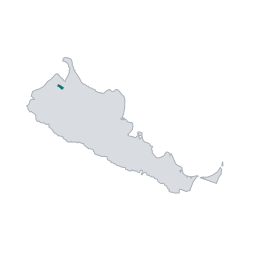 location of 25 de Mayo, Chaco, Argentina, rotated 289°
{"feature_id": "61730980B17167733770144", "entity_name": "25 de Mayo", "entity_type": "district", "adm_level": 2, "iso_a3": "ARG", "parent_name": "Argentina", "parent_adm1": "Chaco", "projection": "mercator", "projection_center": [-60.005, -26.797], "detail": "fine", "context": "in_parent", "style": "filled", "palette": "teal", "viewbox_px": 256, "rotation_deg": 289, "n_neighbors": 0, "source": "geoboundaries", "source_scale": "gbopen_adm2", "svg_char_len": 4008}
<svg xmlns="http://www.w3.org/2000/svg" viewBox="0 0 256 256"><g transform="rotate(289 128 128)"><path d="M156.3,68.9L155.0,71.1L155.3,72.5L154.2,76.0L154.5,76.7L153.5,78.4L153.9,80.2L153.4,82.0L153.6,84.2L153.2,84.8L152.4,85.0L151.9,88.1L152.6,91.1L152.0,91.7L153.1,93.9L156.5,95.8L158.3,97.8L158.4,98.7L157.5,99.9L157.4,100.9L157.9,102.4L158.8,103.2L160.5,103.8L160.7,105.8L160.4,107.1L157.3,111.8L156.6,113.8L153.6,115.9L145.8,118.3L139.8,119.2L136.3,119.1L134.1,118.1L134.2,120.8L135.4,121.6L134.8,121.6L135.3,122.1L135.0,124.3L134.3,124.7L133.7,126.6L133.8,128.2L134.5,129.5L133.8,130.9L131.1,132.2L128.0,132.6L122.2,130.4L122.4,130.0L122.1,129.9L121.2,130.4L120.8,132.2L121.4,135.1L121.2,137.6L121.6,138.5L123.7,139.5L123.5,140.5L124.2,140.6L125.8,140.3L125.9,139.5L125.2,139.2L127.2,138.6L128.0,139.6L128.0,142.3L127.7,143.0L126.1,143.5L125.6,143.3L124.7,141.5L123.9,141.1L121.7,142.1L121.4,142.7L124.7,144.0L122.3,145.4L120.3,147.9L120.3,152.5L119.8,153.8L118.5,155.0L118.2,155.9L118.7,156.5L118.5,157.3L115.9,157.0L114.1,158.5L112.4,159.0L109.3,164.3L109.7,167.0L113.2,170.9L117.5,171.9L118.1,173.2L117.9,174.8L117.4,175.7L115.8,176.6L117.1,176.6L117.7,177.4L109.9,184.5L108.9,186.6L108.4,191.1L107.8,192.0L106.2,192.9L105.1,191.9L104.3,190.3L104.3,191.6L102.8,192.1L104.6,192.2L105.4,193.3L103.0,194.9L102.3,196.4L102.0,198.5L101.0,199.7L101.8,199.4L102.5,203.6L100.5,203.9L102.9,204.6L105.6,209.4L105.3,209.8L105.3,209.3L98.2,207.1L88.8,206.8L88.8,206.1L86.7,203.6L87.2,201.7L86.9,200.2L87.3,198.8L87.0,197.1L86.2,196.6L83.2,197.5L81.6,193.0L81.7,190.6L81.2,189.1L81.8,187.1L83.3,187.0L83.8,185.0L85.7,183.4L85.8,181.4L87.0,180.4L87.2,179.4L86.2,176.9L87.0,174.2L89.1,172.2L88.9,169.7L90.0,168.4L89.2,165.1L90.4,163.7L89.8,162.9L89.8,161.1L90.9,160.7L91.7,158.8L90.5,157.1L88.4,156.6L88.3,155.8L92.1,155.7L92.6,154.4L92.3,153.6L89.5,153.2L89.5,151.4L90.1,150.2L89.6,149.1L89.8,148.0L89.1,146.5L89.8,145.7L87.9,144.1L88.0,141.5L88.4,140.8L88.1,139.4L89.8,138.1L89.0,135.6L89.2,130.9L88.9,129.6L90.0,127.7L89.5,126.5L90.2,125.5L89.9,123.1L90.8,122.9L91.4,118.9L93.6,117.7L94.0,116.9L92.5,111.9L92.7,110.0L92.4,109.1L92.8,108.0L92.4,106.4L93.1,104.6L94.5,103.8L94.6,103.2L96.1,101.9L96.1,98.8L95.4,97.2L96.2,96.6L96.7,94.2L97.8,91.7L98.7,91.3L98.5,88.5L98.9,86.0L97.6,85.5L97.9,83.8L97.5,83.3L97.2,81.4L96.4,79.8L96.4,79.1L96.8,78.6L95.9,78.0L95.3,76.4L95.4,75.1L95.6,74.1L96.6,73.4L96.4,72.8L97.2,70.0L98.2,69.8L98.8,68.8L98.2,68.3L98.4,66.6L97.9,64.2L98.8,63.0L99.6,59.3L101.9,56.7L103.4,52.6L104.6,52.6L105.9,51.7L104.6,49.0L105.5,47.4L104.6,43.9L104.9,42.6L105.6,41.8L104.8,40.5L105.0,39.4L106.2,38.2L110.5,36.4L112.1,31.1L111.2,30.2L113.5,27.1L115.1,26.6L115.8,25.0L117.9,26.5L121.6,26.5L123.4,27.1L124.7,30.2L126.6,26.1L131.7,26.0L132.7,27.5L134.6,29.1L136.0,31.4L140.2,34.9L145.5,36.7L148.8,39.1L152.7,41.1L154.6,41.6L156.1,43.1L156.4,44.1L155.6,45.0L154.9,46.6L153.9,47.5L153.5,48.6L153.5,49.9L151.5,52.5L151.6,53.5L153.6,53.3L158.6,54.3L161.0,54.3L161.8,54.7L163.1,53.5L165.2,54.0L166.5,51.9L167.9,51.5L169.3,50.0L170.0,48.2L170.3,44.3L171.1,44.6L172.5,44.1L173.7,44.8L174.8,48.1L174.6,51.2L174.0,52.5L172.5,53.2L171.7,54.1L169.3,54.7L168.0,56.4L165.1,58.2L165.3,59.1L164.3,59.1L159.4,65.7L156.3,68.9ZM104.4,229.6L104.5,212.1L106.3,215.4L105.4,215.2L105.1,216.8L106.7,217.2L107.4,219.2L110.7,223.1L115.7,227.0L120.7,228.1L119.3,230.1L114.4,231.0L111.5,230.0L104.4,229.6ZM122.7,229.3L124.2,228.6L127.1,228.5L123.2,230.0L122.7,229.3ZM136.1,120.1L136.0,120.7L135.2,119.8L136.1,120.1Z" fill="#d9dde1" stroke="#a8b0b8" stroke-width="1"/><path d="M145.0,53.3L145.0,53.1L145.0,52.9L144.8,52.8L144.9,52.7L145.3,51.6L145.5,51.2L145.7,50.6L145.7,50.3L145.7,49.4L145.8,49.4L145.9,49.1L145.9,48.9L145.9,48.6L145.9,48.4L145.9,48.2L145.7,48.2L145.0,48.2L145.0,48.3L145.0,48.6L145.0,49.1L145.0,50.1L145.0,50.3L144.9,50.2L144.6,50.1L144.3,50.8L144.1,51.5L143.9,51.9L143.7,52.3L143.8,52.3L144.0,52.4L144.0,52.5L144.0,52.8L144.0,53.3L145.0,53.3Z" fill="#14b8a6" stroke="#0f766e" stroke-width="1.5"/></g></svg>